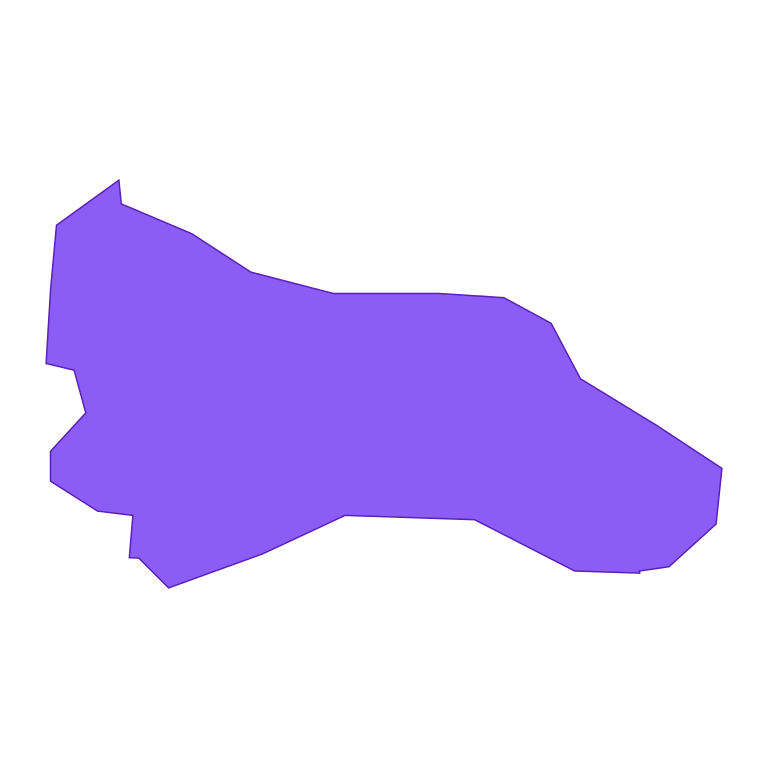 the district of Staffanstorp, Skåne, Sweden
{"feature_id": "70781695B74587424027080", "entity_name": "Staffanstorp", "entity_type": "district", "adm_level": 2, "iso_a3": "SWE", "parent_name": "Sweden", "parent_adm1": "Skåne", "projection": "natural_earth1", "projection_center": [13.236, 55.68], "detail": "fine", "context": "isolated", "style": "filled", "palette": "violet", "viewbox_px": 768, "rotation_deg": 0, "n_neighbors": 0, "source": "geoboundaries", "source_scale": "gbopen_adm2", "svg_char_len": 520}
<svg xmlns="http://www.w3.org/2000/svg" viewBox="0 0 768 768"><path d="M118.9,180.1L56.5,225.2L50.6,289.2L46.1,363.5L74.1,370.2L85.8,412.9L50.5,451.3L50.5,481.2L97.6,511.1L132.9,515.4L129.3,557.7L138.8,558.1L168.6,587.9L203.6,575.2L262.5,553.9L345.0,515.4L474.6,519.7L574.7,571.0L639.7,573.1L639.5,571.0L669.0,566.7L716.1,524.0L721.9,468.4L657.1,425.7L580.5,378.8L551.1,323.3L503.9,297.7L439.2,293.5L333.2,293.5L250.8,272.1L191.9,233.8L121.3,203.9L118.9,180.1Z" fill="#8b5cf6" stroke="#5b21b6" stroke-width="1.5"/></svg>